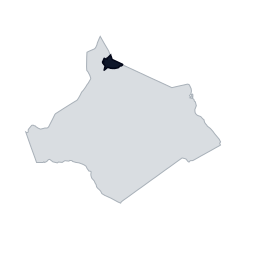 Mandera South, North-Eastern, Kenya shown in context, rotated 295°
{"feature_id": "3690345B27349371945501", "entity_name": "Mandera South", "entity_type": "district", "adm_level": 2, "iso_a3": "KEN", "parent_name": "Kenya", "parent_adm1": "North-Eastern", "projection": "mercator", "projection_center": [40.637, 2.72], "detail": "fine", "context": "in_parent", "style": "filled", "palette": "ink", "viewbox_px": 256, "rotation_deg": 295, "n_neighbors": 0, "source": "geoboundaries", "source_scale": "gbopen_adm2", "svg_char_len": 4969}
<svg xmlns="http://www.w3.org/2000/svg" viewBox="0 0 256 256"><g transform="rotate(295 128 128)"><path d="M56.8,153.1L56.7,150.0L57.2,142.3L57.1,135.5L57.5,132.1L59.2,129.9L59.9,128.3L60.5,126.2L61.4,124.4L63.4,122.9L63.7,122.1L65.8,119.7L67.1,116.6L68.1,115.5L69.3,114.5L70.1,114.0L71.5,113.5L72.6,113.2L72.8,112.9L72.9,112.4L72.5,110.5L73.0,109.9L73.7,108.6L74.5,107.4L75.3,106.6L75.7,105.8L75.9,104.5L76.0,103.5L76.0,101.9L75.7,98.3L74.8,95.3L74.3,92.0L74.7,90.9L74.0,88.9L73.6,88.8L73.0,88.4L72.3,86.5L71.8,84.8L71.4,84.4L69.0,82.9L67.8,79.4L66.5,78.7L65.8,75.2L65.6,74.2L66.4,70.7L66.3,69.9L65.5,69.2L63.3,68.5L61.5,67.0L61.7,66.5L61.8,66.0L60.9,65.7L58.1,59.7L61.7,56.2L65.3,52.6L69.9,48.0L74.2,43.8L77.9,40.2L81.2,37.0L81.1,37.6L81.1,38.4L81.5,38.9L82.2,39.2L83.1,38.9L83.9,38.4L84.7,38.3L89.7,39.6L90.5,40.8L90.4,42.0L90.7,43.0L90.3,43.9L89.9,46.7L90.0,49.2L91.5,51.1L92.8,52.6L93.8,54.7L94.6,55.3L95.7,55.6L99.1,55.7L104.1,55.9L108.9,56.0L109.4,56.0L110.4,56.3L114.8,59.1L118.9,61.7L122.3,63.9L125.7,66.1L128.9,68.2L131.5,70.0L134.0,70.5L138.0,70.8L140.8,70.8L143.4,71.6L147.2,72.3L150.1,72.6L151.8,73.0L156.6,73.4L157.4,73.2L159.5,71.2L161.9,68.1L162.8,66.3L165.9,64.6L171.3,62.2L175.1,60.5L179.3,58.8L181.2,60.3L183.9,62.7L185.1,63.8L186.0,64.4L187.4,64.7L189.2,64.7L190.1,64.7L192.1,64.3L196.7,64.1L199.3,64.1L197.1,67.2L194.4,71.0L189.6,78.0L185.9,81.6L183.1,84.4L182.9,84.9L182.9,88.0L182.9,95.5L183.0,110.6L183.0,125.6L183.1,140.7L183.1,148.2L183.1,150.7L185.6,153.9L188.0,157.0L191.1,161.1L192.8,163.2L193.1,164.0L193.0,165.4L190.4,168.5L188.3,169.9L185.4,170.6L184.5,170.4L183.4,170.0L183.0,170.7L182.6,171.9L182.0,171.6L181.5,171.3L181.8,173.3L182.1,174.3L181.7,175.7L180.3,176.9L180.2,177.9L177.1,180.5L172.9,180.8L170.6,182.1L169.6,183.2L168.8,185.5L169.1,189.1L167.9,191.9L167.7,193.2L165.5,195.0L164.5,196.7L163.8,198.3L163.2,199.1L162.4,202.8L161.4,205.1L161.1,205.8L160.8,206.5L160.0,207.9L159.5,208.8L159.2,209.4L156.5,215.2L154.5,217.8L152.9,217.5L151.9,218.6L151.7,219.0L151.2,218.8L149.8,217.8L147.1,215.8L144.4,213.9L141.6,211.9L138.9,209.9L136.1,207.9L133.4,205.9L130.7,204.0L127.9,202.0L126.3,200.8L125.6,200.1L125.0,198.8L124.8,198.4L124.0,198.0L123.2,197.9L122.9,197.6L122.9,197.0L123.2,196.0L124.2,194.2L124.4,193.2L124.2,192.0L123.8,190.0L123.6,189.6L121.8,188.6L117.9,186.4L114.1,184.3L110.3,182.2L106.5,180.0L102.7,177.9L98.9,175.8L95.1,173.7L91.3,171.5L87.5,169.4L83.7,167.3L79.9,165.2L76.1,163.0L72.3,160.9L68.5,158.8L64.7,156.7L60.9,154.5L59.4,153.7L58.1,153.1L56.8,153.1ZM183.4,173.7L182.7,173.9L183.1,172.8L185.0,171.5L185.8,171.8L186.0,172.1L185.9,172.4L185.6,172.7L183.4,173.7Z" fill="#d9dde1" stroke="#a8b0b8" stroke-width="1"/><path d="M182.4,79.5L182.1,79.5L181.9,79.8L181.6,79.9L181.4,79.9L181.4,79.7L181.3,79.4L181.2,78.9L181.2,78.6L181.1,78.4L181.1,78.2L181.1,77.9L181.1,77.6L181.1,77.4L181.1,77.1L180.9,77.1L180.7,77.0L180.4,77.1L180.2,77.1L180.0,76.9L179.9,76.9L179.7,77.0L179.4,77.1L179.2,77.1L178.8,77.2L178.6,77.1L178.4,77.2L178.4,77.3L178.3,77.5L178.2,77.6L178.2,77.4L178.1,77.2L177.9,77.0L177.7,77.0L177.3,77.0L177.2,77.0L176.9,77.1L176.8,77.3L176.7,77.4L176.5,77.5L176.4,77.6L176.2,77.8L176.0,78.0L175.9,78.3L175.9,78.5L175.8,78.8L175.7,79.0L175.4,79.2L175.4,79.3L175.4,79.5L175.2,79.7L175.1,79.9L175.1,80.0L175.0,80.3L174.9,80.5L174.8,80.8L174.7,81.0L174.4,81.1L174.2,81.2L173.9,81.2L173.6,81.2L173.4,81.2L173.3,81.3L173.2,81.3L172.9,81.3L172.7,81.4L172.5,81.5L172.4,81.5L172.2,81.5L171.9,81.6L171.7,81.6L171.4,81.7L171.2,81.8L170.9,81.8L170.7,81.8L170.4,81.9L170.4,82.0L170.5,82.1L171.6,82.6L172.4,83.0L172.5,83.0L173.0,83.3L174.0,83.7L174.4,83.9L174.4,84.0L174.5,84.1L174.5,84.3L174.5,84.5L174.5,84.8L174.6,85.0L174.6,85.3L174.8,85.5L174.9,85.8L174.9,86.0L174.9,86.3L174.7,86.4L174.7,86.5L174.7,86.8L174.8,86.9L174.9,87.0L175.0,87.2L175.0,87.3L175.0,87.5L175.2,87.8L175.3,88.0L175.4,88.3L175.5,88.5L175.4,88.6L175.5,88.7L175.5,88.8L175.6,89.0L175.7,89.3L175.8,89.4L175.9,89.5L176.0,89.6L176.0,89.8L176.0,90.0L176.3,90.3L176.2,90.4L176.2,90.5L176.3,90.6L176.4,90.8L176.5,90.9L176.5,91.0L176.7,91.3L176.8,91.4L176.9,91.5L177.0,91.5L177.3,91.7L177.5,91.8L177.5,92.1L177.5,92.3L177.5,92.5L177.8,92.8L178.0,92.9L178.1,93.0L178.3,93.2L178.4,93.3L178.4,93.5L178.5,93.6L178.8,93.8L179.0,93.8L179.3,93.8L179.5,93.8L179.7,94.0L179.8,94.2L180.2,94.2L180.3,94.2L180.4,94.3L180.5,94.3L180.6,94.5L180.8,94.6L180.9,94.8L181.0,94.9L181.1,95.0L181.4,95.6L181.6,95.8L182.1,96.1L182.3,96.2L182.5,96.3L182.9,96.3L183.0,96.3L183.3,96.3L183.4,96.1L183.4,95.8L183.4,95.5L183.4,95.1L183.4,94.8L183.4,94.5L183.4,94.2L183.4,93.9L183.4,93.6L183.4,93.3L183.4,93.0L183.4,92.4L183.4,92.1L183.4,91.3L183.4,90.5L183.4,89.8L183.4,89.3L183.4,89.0L183.4,88.2L183.4,87.7L183.4,86.7L183.4,86.1L183.4,85.3L183.4,85.2L183.4,84.7L183.5,84.5L184.3,83.8L185.0,83.1L185.8,82.4L186.5,81.6L186.8,81.4L186.1,81.1L184.8,80.6L183.2,80.0L182.8,79.9L182.6,79.8L182.5,79.7L182.4,79.6L182.4,79.5Z" fill="#0f172a" stroke="#020617" stroke-width="1.5"/></g></svg>